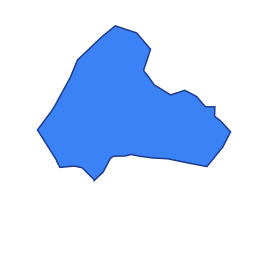 the district of Xuld, Dundgovi, Mongolia, rotated 134°
{"feature_id": "93677404B62484522824212", "entity_name": "Xuld", "entity_type": "district", "adm_level": 2, "iso_a3": "MNG", "parent_name": "Mongolia", "parent_adm1": "Dundgovi", "projection": "natural_earth1", "projection_center": [105.477, 45.18], "detail": "fine", "context": "isolated", "style": "filled", "palette": "blue", "viewbox_px": 256, "rotation_deg": 134, "n_neighbors": 0, "source": "geoboundaries", "source_scale": "gbopen_adm2", "svg_char_len": 733}
<svg xmlns="http://www.w3.org/2000/svg" viewBox="0 0 256 256"><g transform="rotate(134 128 128)"><path d="M114.0,211.6L131.3,204.8L161.2,196.5L168.0,194.9L192.3,191.8L200.6,157.8L201.8,155.2L203.6,149.6L192.7,140.2L188.5,133.5L188.7,116.5L189.3,115.8L183.7,115.6L176.9,115.3L171.3,116.9L162.1,119.6L158.3,118.8L150.0,110.5L144.9,107.4L140.6,100.7L133.1,90.3L122.5,78.0L113.3,63.4L100.9,44.4L80.0,46.3L76.3,46.5L61.0,51.1L59.5,51.5L58.6,66.8L59.4,73.4L59.4,73.9L52.4,80.2L59.0,87.0L57.7,100.4L59.6,107.3L61.5,113.4L74.6,120.3L78.8,139.3L78.5,140.9L76.7,149.9L76.1,155.9L74.9,157.3L69.7,159.7L55.7,166.5L53.6,187.7L63.4,208.2L80.9,210.2L93.7,210.7L94.3,210.7L114.0,211.6Z" fill="#3b82f6" stroke="#1e3a8a" stroke-width="1.5"/></g></svg>